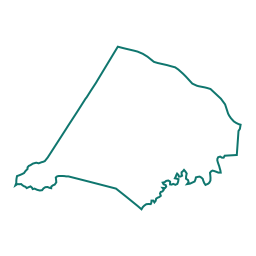 outline of Porto da Folha, Sergipe, Brazil
{"feature_id": "56859067B74196291305545", "entity_name": "Porto da Folha", "entity_type": "district", "adm_level": 2, "iso_a3": "BRA", "parent_name": "Brazil", "parent_adm1": "Sergipe", "projection": "orthographic", "projection_center": [-37.424, -9.906], "detail": "fine", "context": "isolated", "style": "outline", "palette": "teal", "viewbox_px": 256, "rotation_deg": 0, "n_neighbors": 0, "source": "geoboundaries", "source_scale": "gbopen_adm2", "svg_char_len": 2385}
<svg xmlns="http://www.w3.org/2000/svg" viewBox="0 0 256 256"><path d="M204.8,87.4L198.6,86.2L196.8,85.7L192.3,83.6L185.9,76.6L183.2,73.9L178.3,69.5L175.1,67.3L173.5,66.9L170.9,66.2L167.4,65.2L165.7,64.8L157.7,63.0L154.0,61.9L152.7,60.9L147.5,56.7L142.8,53.8L137.6,51.6L134.2,50.7L126.1,48.8L123.6,48.2L117.8,46.7L97.3,80.6L96.2,82.5L90.9,90.6L86.6,97.4L85.6,98.6L77.2,111.8L67.7,126.4L66.2,128.8L47.7,157.5L44.8,161.1L43.2,161.8L41.6,162.2L38.7,163.3L36.2,162.7L32.9,163.6L30.4,165.2L28.8,165.9L27.6,167.3L27.5,169.0L25.5,171.0L24.0,173.1L21.8,174.2L19.7,175.1L17.0,176.1L16.5,178.7L16.3,180.7L16.3,182.9L15.4,185.4L17.3,184.1L19.3,184.2L21.2,184.1L22.5,185.3L24.1,186.3L25.5,186.8L26.7,188.1L28.8,187.1L30.5,186.4L32.0,187.7L32.7,189.1L34.5,188.6L37.1,189.8L39.8,190.5L42.1,190.2L43.5,188.4L45.3,187.2L47.5,187.0L49.4,187.8L51.2,188.2L51.3,186.6L52.8,185.4L54.7,184.6L56.3,182.3L56.1,180.0L55.8,177.5L57.1,176.4L58.7,176.0L60.2,176.0L62.6,176.0L64.4,176.1L66.2,176.4L68.4,176.4L78.3,178.9L88.9,181.6L106.7,186.2L116.0,188.6L126.2,196.7L137.8,206.1L141.5,209.3L142.8,207.1L144.3,205.6L146.3,204.2L148.4,204.0L150.7,204.1L151.4,202.5L151.5,200.6L153.3,200.6L154.4,202.4L155.6,200.9L156.2,198.6L157.8,197.6L159.2,197.1L160.8,195.8L160.0,193.5L160.7,192.0L162.5,191.4L163.8,189.7L162.5,187.9L165.0,188.1L166.2,186.6L165.7,185.1L163.6,184.3L162.7,182.6L164.6,182.2L166.2,180.9L168.3,180.5L170.1,181.6L170.1,184.4L171.6,184.6L173.2,183.9L175.4,184.8L177.3,183.9L178.1,181.8L178.5,179.2L176.4,178.6L174.9,178.3L175.8,176.5L176.3,175.1L177.1,173.6L178.3,174.8L178.9,176.6L180.6,176.5L182.1,175.7L181.6,174.1L181.6,172.3L183.0,171.1L184.0,169.9L185.3,171.4L186.7,173.5L186.1,176.3L186.0,178.7L188.0,180.1L188.6,182.2L187.1,184.1L190.1,183.6L194.6,181.5L195.5,179.3L195.9,177.4L197.7,176.9L199.6,176.6L201.4,177.6L202.8,179.0L203.2,180.5L204.2,183.0L205.5,184.9L208.2,183.7L209.3,182.7L210.4,180.6L210.5,177.8L210.3,175.3L210.0,172.8L211.1,171.4L212.5,170.6L214.1,171.0L216.1,171.7L218.3,172.6L220.7,172.6L220.4,170.5L219.8,168.5L219.2,166.2L218.4,164.0L217.8,162.2L217.3,160.3L217.4,158.8L218.2,157.2L220.2,156.6L222.0,157.7L223.6,157.7L224.7,155.7L236.8,155.0L238.5,131.0L239.9,128.8L240.6,124.7L238.8,124.2L236.1,122.9L233.8,121.4L230.9,118.2L230.1,117.0L229.2,115.7L228.1,113.6L225.1,104.4L220.9,98.7L210.5,89.0L207.2,88.0L204.8,87.4Z" fill="none" stroke="#0f766e" stroke-width="2"/></svg>